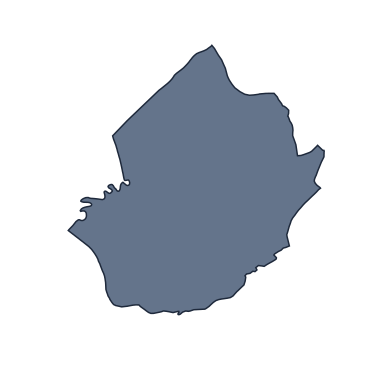 outline of Kushar, Hajjah, Yemen, rotated 233°
{"feature_id": "15242507B36240154715338", "entity_name": "Kushar", "entity_type": "district", "adm_level": 2, "iso_a3": "YEM", "parent_name": "Yemen", "parent_adm1": "Hajjah", "projection": "equal_earth", "projection_center": [43.47, 16.172], "detail": "fine", "context": "isolated", "style": "filled", "palette": "slate", "viewbox_px": 384, "rotation_deg": 233, "n_neighbors": 0, "source": "geoboundaries", "source_scale": "gbopen_adm2", "svg_char_len": 5452}
<svg xmlns="http://www.w3.org/2000/svg" viewBox="0 0 384 384"><g transform="rotate(233 192 192)"><path d="M297.2,296.1L296.9,294.8L297.0,292.0L297.0,289.4L297.6,286.5L298.3,284.1L299.1,281.6L299.7,278.9L299.6,276.1L299.2,273.5L298.5,270.9L297.9,268.6L297.7,268.1L297.1,265.5L296.6,262.6L296.2,259.9L296.1,256.7L296.1,253.6L296.1,251.0L295.8,248.2L294.9,245.9L294.2,243.5L293.7,240.8L293.4,237.9L293.3,235.2L293.2,232.5L293.1,229.6L293.1,226.9L288.0,183.4L284.6,162.4L281.3,161.1L279.1,160.5L277.1,159.9L275.0,159.3L273.0,158.5L271.3,157.9L269.3,157.0L267.3,156.3L263.8,154.9L261.8,154.2L256.4,151.8L252.1,149.8L250.1,148.8L247.8,147.8L247.1,147.4L244.0,145.9L243.7,145.8L242.5,145.3L242.0,145.3L241.6,145.4L241.0,146.3L240.4,147.6L239.7,148.5L238.7,148.5L237.2,148.0L235.9,146.9L235.6,146.1L235.6,145.3L235.9,144.5L236.9,143.7L238.7,143.3L240.0,142.9L240.9,142.9L241.4,142.5L241.4,141.7L241.2,140.7L241.1,140.3L240.5,139.2L239.6,138.2L238.6,137.3L237.5,136.2L237.0,135.2L236.7,134.3L236.9,133.7L237.7,133.0L238.5,132.9L239.5,132.9L240.2,133.0L240.3,132.9L242.3,132.6L244.3,132.9L245.9,132.7L246.4,132.3L247.0,131.2L247.1,130.8L247.3,130.0L247.3,129.2L247.0,128.5L247.0,128.4L246.6,128.1L245.9,128.1L244.9,128.1L244.2,128.6L243.6,128.7L242.8,129.1L242.2,129.1L241.6,129.2L240.9,129.1L240.5,128.6L240.4,127.8L240.2,126.7L240.3,125.7L240.8,125.0L241.9,124.5L243.9,123.9L244.7,123.5L245.1,122.8L245.1,122.3L244.9,121.9L244.4,121.5L242.1,120.6L240.5,119.6L239.7,118.7L239.4,117.7L239.6,116.5L239.9,115.8L240.7,115.0L242.7,113.0L245.0,110.6L246.6,108.8L247.7,107.5L248.8,106.5L249.8,106.0L250.5,105.2L251.4,103.8L251.9,102.2L252.2,100.6L252.2,98.9L252.0,98.2L251.6,97.7L251.2,97.8L250.4,98.2L249.4,99.0L248.9,99.5L247.3,101.5L246.4,102.6L245.6,103.4L245.3,103.7L244.2,104.3L243.3,104.5L242.7,104.5L242.3,104.2L242.2,104.1L242.0,103.9L241.8,103.5L241.8,103.0L242.0,102.1L242.5,101.0L243.4,99.3L244.2,97.5L244.9,95.4L244.9,94.9L245.0,94.1L245.0,93.3L244.7,92.6L244.5,91.8L244.3,91.5L244.0,91.5L243.5,91.5L243.3,92.0L242.9,92.8L242.8,93.1L242.2,93.9L241.6,94.6L240.8,94.9L240.1,95.0L239.4,95.0L238.9,94.8L238.5,94.7L236.4,93.3L235.5,92.3L234.8,91.0L234.7,90.0L234.7,89.0L234.7,88.8L234.9,87.8L235.4,87.0L236.1,86.2L236.9,85.8L237.6,85.4L237.9,85.0L238.2,84.3L238.2,84.2L238.2,83.2L238.2,81.6L236.9,76.7L236.0,71.1L235.7,70.0L219.5,74.4L210.5,76.8L206.5,77.3L203.5,77.3L203.0,77.3L201.1,77.2L200.7,77.2L197.6,76.9L194.9,76.4L193.1,75.7L192.6,75.6L190.2,75.2L187.7,74.4L185.6,73.8L185.3,73.7L182.8,73.0L180.4,72.5L177.6,71.6L175.1,70.4L172.6,69.0L172.3,68.9L170.3,67.6L168.1,66.1L165.9,64.6L163.5,63.7L161.8,63.2L160.9,62.9L159.5,62.4L158.4,62.3L157.0,62.2L156.0,61.9L154.4,61.7L153.5,61.7L152.6,61.6L152.0,61.6L151.0,61.6L149.3,61.7L148.7,62.0L147.0,62.9L146.5,63.4L146.0,63.9L145.5,64.2L144.7,65.0L144.4,65.2L143.9,65.6L142.6,66.7L142.0,67.7L141.2,69.1L140.6,70.1L139.7,71.6L138.5,74.1L137.2,76.7L135.6,79.3L133.8,81.6L131.5,81.9L126.7,83.4L124.5,84.0L122.0,84.8L119.8,86.1L118.2,88.3L116.8,91.2L115.6,93.7L114.6,96.0L114.6,96.3L114.1,97.7L112.1,99.8L110.1,101.7L107.1,104.3L105.3,108.5L104.6,109.6L103.9,109.3L103.3,107.7L102.6,107.2L101.9,107.7L101.5,109.2L101.7,112.2L100.8,115.3L98.8,117.4L98.1,118.9L96.9,122.6L90.7,131.8L90.5,133.1L90.4,136.1L90.4,137.0L90.7,139.4L91.0,142.6L90.9,145.3L90.9,145.7L90.0,148.6L88.7,151.3L87.3,153.8L86.0,156.2L84.6,159.1L84.3,162.2L84.7,164.2L84.9,165.0L85.5,168.2L85.5,168.9L85.8,171.3L86.2,174.5L86.5,177.5L88.9,180.9L91.7,183.7L93.2,183.9L93.7,186.2L92.1,189.4L92.1,192.9L90.5,194.4L90.7,197.0L93.2,197.4L93.3,200.6L93.3,200.8L93.1,201.0L90.8,203.4L89.2,204.9L89.0,208.1L88.6,211.2L88.1,214.5L87.8,217.9L87.9,219.1L88.8,219.9L91.3,219.6L92.1,219.4L92.6,219.8L92.8,220.7L92.5,225.2L91.9,228.1L92.3,231.2L91.3,233.5L90.3,237.3L99.0,241.0L100.9,242.0L101.5,242.9L102.5,244.3L104.4,246.8L106.1,249.0L107.6,251.4L109.4,253.9L110.7,256.8L111.4,259.4L111.5,259.9L112.4,262.6L113.4,266.1L114.0,269.4L114.8,273.0L115.3,276.0L115.6,279.1L116.0,282.2L116.4,285.4L116.7,288.4L117.1,291.4L117.7,294.5L117.7,296.9L118.3,296.9L118.6,296.9L119.2,296.7L119.5,296.6L119.9,296.5L120.4,296.4L121.2,296.1L121.6,296.0L121.9,296.0L122.4,295.8L122.7,295.8L123.0,295.8L123.4,295.8L123.8,295.8L124.1,295.7L124.4,295.7L124.7,295.7L125.0,295.7L125.3,295.7L125.5,295.9L126.0,295.9L126.3,296.0L126.7,296.0L126.9,296.2L127.2,296.3L127.5,296.6L127.8,296.8L128.0,297.0L128.5,297.6L128.7,297.9L128.9,298.2L129.1,298.5L129.3,298.8L129.5,299.2L129.7,299.5L130.0,299.9L130.2,300.4L130.4,300.9L130.6,301.2L133.1,305.0L138.0,313.2L139.3,315.8L140.7,318.6L140.9,318.7L141.2,318.9L141.5,319.2L142.0,319.6L142.4,319.9L142.7,320.1L143.0,320.4L143.5,320.8L143.9,321.1L144.4,321.5L144.7,321.8L145.0,322.1L145.5,322.3L145.9,322.4L146.6,321.5L153.7,320.4L153.4,318.8L152.5,312.0L152.8,309.7L154.5,304.1L155.5,301.2L157.0,298.8L157.4,298.3L157.5,298.1L167.2,303.4L172.5,305.1L173.2,305.3L176.4,306.3L178.6,308.0L180.6,309.8L182.7,311.1L185.0,312.2L187.3,312.7L189.7,312.8L192.1,313.6L194.4,314.2L194.9,314.1L196.6,316.4L199.1,318.4L202.3,318.0L204.7,317.3L206.4,316.2L208.7,316.7L211.1,316.7L213.9,316.7L216.5,317.3L221.4,316.9L226.1,310.6L229.6,305.0L230.0,303.9L230.4,303.2L232.3,299.8L234.7,296.1L235.4,295.5L237.7,293.5L238.2,293.0L243.2,290.7L249.4,288.9L252.6,288.8L254.4,288.8L258.8,289.1L261.9,289.7L263.7,290.2L270.8,293.1L274.0,293.8L279.4,295.1L280.1,295.2L285.5,295.4L293.1,296.3L297.2,296.1Z" fill="#64748b" stroke="#1e293b" stroke-width="1.5"/></g></svg>